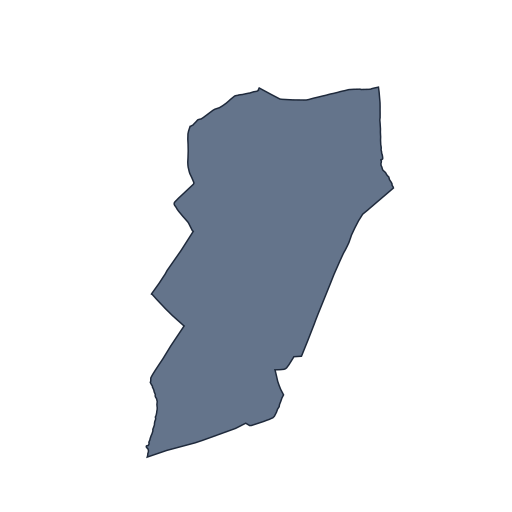 Tepetitla de Lardizábal, Puebla, Mexico, rotated 247°
{"feature_id": "50627088B59420267366292", "entity_name": "Tepetitla de Lardizábal", "entity_type": "district", "adm_level": 2, "iso_a3": "MEX", "parent_name": "Mexico", "parent_adm1": "Puebla", "projection": "albers", "projection_center": [-98.379, 19.283], "detail": "fine", "context": "isolated", "style": "filled", "palette": "slate", "viewbox_px": 512, "rotation_deg": 247, "n_neighbors": 0, "source": "geoboundaries", "source_scale": "gbopen_adm2", "svg_char_len": 3929}
<svg xmlns="http://www.w3.org/2000/svg" viewBox="0 0 512 512"><g transform="rotate(247 256 256)"><path d="M264.9,409.1L266.2,409.2L267.8,408.9L269.4,409.4L271.0,409.3L274.2,408.7L275.3,408.9L276.9,409.1L278.5,408.4L280.2,408.0L281.8,407.9L283.2,407.4L285.2,406.4L286.4,406.3L288.7,406.6L290.5,406.5L291.6,406.9L292.3,407.1L293.1,407.8L294.6,408.6L295.2,408.4L295.7,408.4L295.9,408.6L295.8,409.3L295.7,409.9L295.9,410.5L296.6,410.9L298.3,411.4L298.7,411.5L300.3,411.8L301.4,411.8L302.8,412.3L304.8,412.6L306.5,413.5L307.5,413.8L308.2,414.0L309.7,414.3L311.0,414.8L314.2,416.0L315.7,416.7L317.0,417.3L318.7,417.9L321.4,418.9L324.3,420.2L329.7,422.1L332.8,423.1L333.0,423.2L334.9,424.3L339.1,426.1L341.8,427.2L344.8,428.5L348.5,430.0L358.9,433.4L363.6,434.7L364.3,431.0L364.8,428.1L364.8,426.7L365.3,425.1L365.9,423.6L367.1,420.6L368.2,417.8L368.3,417.7L368.9,417.0L371.3,411.0L372.5,407.6L372.8,406.9L373.1,405.3L373.5,402.5L374.0,400.0L374.1,399.8L374.1,399.4L374.4,397.8L374.7,395.1L375.4,390.8L376.0,388.0L376.3,386.0L376.6,383.4L377.2,380.1L378.0,375.2L378.8,370.6L379.3,366.8L379.3,366.3L380.0,363.0L380.7,361.4L382.8,356.6L385.3,350.9L390.1,341.1L391.1,339.4L398.9,333.0L409.4,324.6L408.1,323.1L407.6,323.1L407.5,322.9L407.3,321.2L408.1,317.9L408.5,313.4L408.7,313.1L409.3,310.2L410.0,306.3L410.4,305.2L411.0,302.9L410.9,302.6L411.5,300.1L411.6,298.9L410.1,293.6L409.4,291.7L408.3,288.3L407.3,283.7L406.8,280.3L407.2,275.4L406.9,273.1L404.1,261.8L403.6,259.1L404.0,257.0L404.1,255.7L403.7,254.7L403.1,253.5L401.8,250.4L401.2,249.2L401.0,246.6L401.1,246.0L397.3,242.7L395.0,241.1L390.2,238.9L385.3,237.1L379.1,234.6L372.8,231.7L369.1,229.9L366.4,228.9L364.4,228.3L360.4,227.6L359.0,227.4L357.6,227.3L353.4,227.5L350.8,227.5L348.9,227.5L347.9,227.5L347.2,227.2L346.5,226.4L339.6,207.5L338.1,203.9L337.4,202.3L336.8,201.5L336.1,201.1L335.4,200.9L334.5,200.9L331.9,201.5L329.9,201.7L327.3,202.3L325.0,203.0L321.3,204.1L317.1,205.5L313.7,206.6L312.4,206.8L304.3,207.3L303.2,207.9L290.3,189.1L277.4,168.5L276.1,166.9L274.6,165.0L273.4,163.1L268.7,156.1L262.3,145.6L261.8,144.9L261.0,145.5L260.2,145.8L255.5,147.4L243.0,152.0L233.8,155.8L220.0,162.3L219.7,162.5L206.6,142.5L197.8,130.2L194.0,124.4L190.2,118.7L187.7,115.1L186.1,113.0L184.9,111.6L184.6,111.4L182.1,110.3L180.9,109.3L178.4,109.5L177.9,109.6L176.8,109.8L175.4,109.4L174.1,109.6L172.0,109.5L170.8,109.2L167.8,109.2L166.8,108.6L165.9,108.4L165.0,108.4L163.7,108.7L160.6,108.2L159.0,107.3L157.9,106.7L156.9,106.4L156.3,106.2L154.9,105.8L153.9,105.3L152.9,104.8L152.0,104.1L150.8,103.5L148.9,102.2L147.8,101.3L147.1,100.4L145.9,100.3L144.3,99.3L143.6,98.5L142.5,97.7L141.3,97.0L140.2,96.5L139.1,95.5L138.4,94.9L137.3,93.8L136.5,93.2L135.2,92.7L133.1,90.9L131.6,89.3L129.4,87.3L128.5,86.7L127.9,86.2L127.1,85.3L126.4,84.6L125.3,84.4L124.1,83.4L123.7,82.6L123.9,81.9L124.0,81.2L123.8,80.7L123.0,80.4L121.8,80.7L120.6,81.2L119.0,81.0L118.4,80.7L117.7,80.4L116.5,79.3L115.5,78.8L114.4,78.1L113.4,77.3L111.9,98.0L107.8,127.1L107.2,134.7L105.3,169.8L105.7,175.8L105.8,176.6L106.1,181.2L102.4,183.9L101.8,185.4L101.2,192.3L100.7,198.3L100.6,201.4L100.6,201.7L100.4,204.4L100.5,206.6L100.5,208.3L101.3,210.3L104.2,213.8L106.6,216.0L108.2,218.4L110.1,219.6L112.2,221.7L112.3,221.8L115.3,224.5L116.5,226.0L117.4,227.1L123.6,226.6L127.9,226.7L132.2,227.0L137.1,227.9L143.6,229.0L143.8,229.0L141.9,233.9L140.8,237.4L140.7,239.0L141.1,240.5L143.1,243.9L148.3,251.3L148.5,251.5L146.1,258.3L146.0,258.7L153.3,266.0L158.2,270.9L162.1,274.7L170.7,283.1L173.7,285.9L178.3,290.4L181.4,293.5L187.9,300.0L188.6,300.7L194.5,306.6L199.0,311.1L201.1,313.2L208.4,320.4L210.3,322.4L214.7,327.1L217.9,330.5L218.1,330.7L223.5,336.6L224.8,338.1L226.7,340.6L229.5,343.9L232.1,346.8L234.0,348.5L235.6,350.0L236.3,350.6L238.0,352.1L241.4,355.9L243.1,357.8L247.0,362.5L248.4,364.2L250.9,367.8L252.8,370.5L254.8,377.3L255.0,377.8L264.9,409.1Z" fill="#64748b" stroke="#1e293b" stroke-width="1.5"/></g></svg>